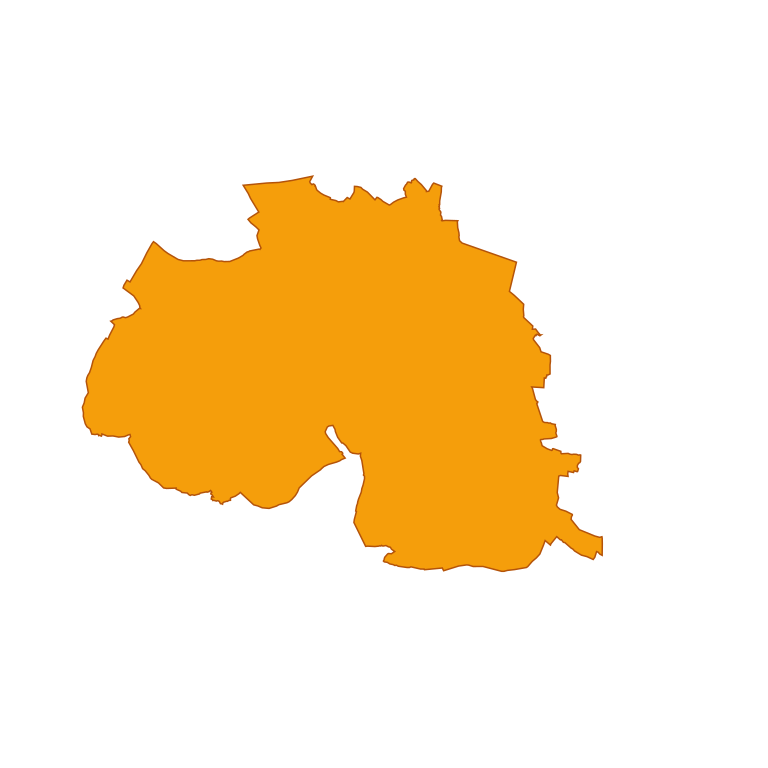 Hodod, Satu Mare, Romania (Equal Earth projection), rotated 210°
{"feature_id": "2599482B11303737226697", "entity_name": "Hodod", "entity_type": "district", "adm_level": 2, "iso_a3": "ROU", "parent_name": "Romania", "parent_adm1": "Satu Mare", "projection": "equal_earth", "projection_center": [23.05, 47.398], "detail": "fine", "context": "isolated", "style": "filled", "palette": "amber", "viewbox_px": 768, "rotation_deg": 210, "n_neighbors": 0, "source": "geoboundaries", "source_scale": "gbopen_adm2", "svg_char_len": 6171}
<svg xmlns="http://www.w3.org/2000/svg" viewBox="0 0 768 768"><g transform="rotate(210 384 384)"><path d="M441.4,582.9L441.8,581.2L441.6,573.3L443.5,571.9L444.0,572.7L451.4,575.4L455.8,576.3L459.6,577.5L460.3,577.1L460.5,576.5L460.2,575.8L461.7,574.2L461.6,573.3L460.9,572.2L461.1,571.7L463.4,571.4L464.5,570.5L464.4,568.3L464.8,567.1L464.7,563.0L463.6,561.8L461.9,561.6L460.5,559.1L458.0,557.0L460.0,555.1L464.1,550.3L466.6,546.3L468.1,542.7L468.9,541.6L476.3,541.6L478.8,542.2L482.6,542.4L483.5,542.1L483.9,539.0L494.3,541.9L499.9,542.0L502.3,542.7L506.0,541.6L508.4,540.4L506.2,536.2L505.8,534.8L506.0,527.2L509.1,527.1L510.5,521.6L511.3,521.4L514.6,518.9L517.4,518.8L522.9,517.1L523.5,518.4L523.8,518.5L530.6,517.6L534.3,517.6L538.6,518.3L539.6,518.7L542.0,520.8L542.6,520.8L542.9,521.6L544.5,522.0L545.3,521.9L546.1,520.6L548.4,521.2L549.5,522.0L549.7,528.3L565.3,514.4L575.8,506.0L585.9,499.5L605.3,485.7L596.8,481.1L592.4,478.0L578.4,470.3L583.5,460.4L584.1,458.6L579.8,457.0L573.5,456.0L569.3,454.9L568.2,449.0L566.1,446.5L560.8,441.9L558.5,440.3L558.7,438.5L559.6,438.4L567.0,431.9L567.5,430.8L568.5,430.0L570.1,426.3L570.4,424.9L573.1,420.2L578.8,413.0L583.6,410.1L586.0,409.3L588.6,407.7L590.7,406.9L594.8,406.4L598.4,404.9L600.7,402.7L603.8,400.8L605.2,399.2L608.0,397.5L609.5,396.1L619.3,390.4L624.6,388.9L636.3,389.0L641.1,389.5L651.3,391.7L654.8,392.0L655.1,389.4L655.0,379.1L654.2,366.9L654.9,358.5L655.0,345.4L658.5,345.4L658.6,339.6L658.0,336.7L644.8,335.2L637.7,331.7L634.9,329.8L633.4,327.9L632.7,327.6L633.7,327.1L635.7,321.6L636.0,319.3L639.6,313.7L641.0,312.2L643.4,311.6L644.2,311.0L645.3,309.1L647.6,307.3L650.7,304.0L651.2,302.6L652.0,301.8L647.1,300.6L646.5,298.5L646.1,289.5L645.5,284.9L647.7,284.7L648.1,281.2L648.6,270.7L648.5,266.7L647.9,263.4L647.7,259.0L645.7,251.9L644.7,246.6L644.8,243.4L644.4,240.7L643.2,237.4L635.7,228.6L635.8,222.3L634.2,217.7L633.6,213.1L629.9,208.8L628.2,205.6L622.8,200.2L619.8,198.4L616.1,198.1L612.0,194.5L608.9,195.8L607.3,197.2L606.1,197.4L605.3,196.6L604.7,197.3L602.7,197.5L602.6,198.0L603.3,199.7L597.4,200.6L592.7,203.5L587.2,205.4L582.4,208.8L579.7,212.4L578.7,213.3L577.1,211.6L577.6,209.0L576.5,207.8L576.0,205.9L567.6,200.9L557.1,193.8L554.2,192.6L550.7,190.0L547.5,189.5L541.8,187.3L539.3,185.8L537.4,185.3L529.9,185.6L522.9,183.8L520.0,184.9L512.0,189.9L511.8,189.2L511.3,189.0L506.5,189.5L504.8,189.0L499.8,191.2L497.8,190.6L496.1,190.6L495.0,192.1L492.6,192.8L488.8,196.6L488.7,197.5L483.7,201.9L483.2,201.8L481.7,203.2L481.6,204.1L481.2,204.3L480.9,205.1L479.0,204.2L479.4,203.1L479.0,202.2L477.9,202.2L475.3,200.9L476.9,200.2L476.1,198.0L475.1,198.1L473.9,197.5L473.4,198.1L470.6,198.8L470.0,199.6L468.7,200.0L467.7,199.8L465.8,198.6L464.3,199.2L463.7,199.2L464.1,200.6L463.9,201.3L461.7,203.7L460.9,204.1L460.1,205.6L458.8,206.5L459.8,208.1L459.7,208.9L456.7,212.5L454.7,216.6L454.3,218.3L436.4,214.2L432.4,215.3L427.6,215.9L421.3,218.8L416.0,224.6L414.7,226.9L408.7,232.6L407.3,234.6L406.1,237.9L405.0,243.0L404.9,247.2L405.5,251.6L400.8,268.2L396.0,278.2L395.9,279.1L394.7,282.6L391.9,286.6L386.0,292.7L383.9,295.4L383.0,297.3L380.6,300.4L385.2,302.2L384.9,303.0L385.5,303.7L386.9,304.1L388.7,303.3L391.8,305.0L405.5,309.7L409.9,312.0L411.1,313.4L411.6,318.4L410.7,320.1L407.6,322.6L403.7,320.2L402.3,318.5L397.5,314.7L391.2,311.8L390.2,312.3L386.2,311.6L379.2,308.2L376.5,308.4L371.2,310.6L369.6,312.4L368.4,309.7L364.9,306.6L356.5,296.2L356.3,294.9L354.8,294.4L353.5,292.2L351.6,286.0L350.9,282.4L349.6,278.9L348.5,271.5L347.7,268.3L347.3,267.8L346.8,264.9L345.0,259.8L344.1,259.7L342.0,251.9L340.8,249.0L318.7,234.2L317.1,235.4L310.6,238.7L307.3,241.1L306.8,241.8L305.7,242.1L305.5,243.0L303.9,243.1L301.5,245.1L298.8,245.2L296.9,245.8L294.9,244.7L291.0,244.3L292.7,240.7L295.4,239.4L295.9,238.6L296.7,234.6L296.6,233.4L296.0,231.8L296.0,230.4L294.8,230.1L292.0,231.2L289.0,231.1L285.6,232.2L284.0,232.2L282.5,233.3L280.6,233.3L272.3,236.6L270.2,237.8L269.3,239.1L259.9,242.0L256.6,243.8L256.1,243.4L241.5,253.8L239.0,252.1L228.3,263.7L221.9,268.7L220.1,269.5L215.6,270.5L207.0,275.5L188.4,280.6L186.5,281.7L183.9,284.3L178.1,288.6L168.9,296.3L168.2,297.8L166.9,304.6L165.1,309.6L164.0,314.6L165.3,324.1L166.2,329.0L159.3,327.7L159.3,328.0L159.7,328.1L158.1,338.2L153.3,337.2L152.5,337.8L149.5,336.6L148.0,337.1L139.7,335.4L138.1,335.5L135.5,334.7L127.5,334.5L121.8,336.0L115.1,336.6L114.8,339.3L116.1,345.2L114.5,345.4L111.9,344.6L109.4,344.7L115.0,354.7L117.9,359.5L118.9,360.7L120.6,359.0L125.6,357.7L142.0,355.5L154.3,360.3L155.3,362.8L155.3,364.6L155.7,365.2L162.9,364.8L168.9,363.5L172.4,364.2L174.1,365.3L175.9,372.7L179.7,376.6L186.6,391.6L185.5,393.0L178.4,396.0L180.0,398.1L180.9,400.4L175.6,402.1L175.9,403.9L172.9,404.6L172.6,405.0L173.2,407.8L174.8,408.4L175.7,409.8L175.9,411.1L175.7,412.9L175.1,413.9L175.1,415.2L178.1,420.8L178.7,420.7L180.1,419.6L182.0,419.4L184.7,418.0L186.0,416.9L187.9,416.2L189.8,416.0L195.5,412.3L196.2,412.6L197.2,414.1L205.2,412.6L205.6,412.2L205.3,410.6L205.5,410.3L210.3,409.5L216.2,409.6L218.4,411.8L219.6,412.6L220.6,413.9L220.4,414.4L218.9,415.3L218.0,416.4L211.8,420.5L208.7,423.8L208.0,424.7L208.1,425.2L210.8,427.5L211.1,429.1L212.0,430.8L215.1,433.7L215.4,434.6L219.2,433.3L220.3,433.5L222.0,432.4L222.9,432.4L225.6,431.0L227.1,430.8L228.1,431.1L241.6,443.1L242.1,443.7L241.6,444.4L241.8,445.4L243.5,445.6L245.2,446.4L253.3,454.5L254.6,455.3L243.8,460.7L248.2,469.4L246.8,469.9L247.1,471.1L246.8,471.6L247.5,473.2L246.5,473.8L245.2,475.7L249.8,483.6L251.1,486.7L254.2,491.9L256.7,491.9L264.1,490.4L267.3,493.3L276.6,497.1L277.5,498.0L277.3,502.0L276.6,501.9L276.4,503.6L273.1,503.7L272.6,504.9L273.0,504.6L276.1,505.6L280.2,507.4L282.9,505.6L284.1,508.6L296.1,511.4L296.8,512.0L297.1,513.1L300.7,518.3L302.9,522.9L315.5,525.9L321.7,526.9L330.2,555.7L386.8,545.1L390.2,545.9L392.8,548.9L393.0,549.9L394.7,552.4L398.3,556.2L401.6,561.2L401.7,562.3L412.5,556.5L415.4,554.3L415.9,554.5L415.6,555.2L418.0,557.9L419.5,558.5L420.7,561.3L423.5,562.7L423.9,563.3L423.7,564.0L425.1,565.0L424.9,565.6L425.9,566.9L425.5,567.2L427.3,570.4L430.5,579.1L432.5,582.8L432.8,584.2L441.4,582.9Z" fill="#f59e0b" stroke="#b45309" stroke-width="1.5"/></g></svg>